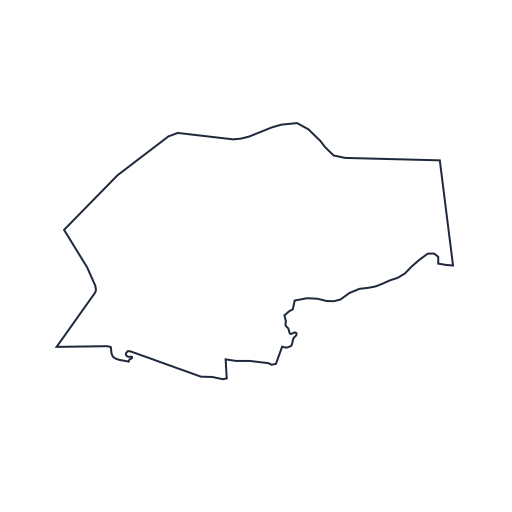 Béchar, Robinson projection, rotated 197°
{"feature_id": "DZA-2148", "entity_name": "Béchar", "entity_type": "Province", "adm_level": 1, "iso_a3": "DZA", "parent_name": "Algeria", "parent_adm1": "", "projection": "robinson", "projection_center": [-2.712, 30.267], "detail": "fine", "context": "isolated", "style": "outline", "palette": "slate", "viewbox_px": 512, "rotation_deg": 197, "n_neighbors": 0, "source": "natural_earth", "source_scale": "10m", "svg_char_len": 1755}
<svg xmlns="http://www.w3.org/2000/svg" viewBox="0 0 512 512"><g transform="rotate(197 256 256)"><path d="M273.3,124.5L281.4,124.9L285.2,125.1L289.5,125.3L294.1,125.5L299.0,125.7L304.2,126.0L309.4,126.2L314.6,126.5L319.7,126.7L324.5,127.0L329.1,127.2L333.2,127.4L336.8,127.5L339.8,127.7L342.0,127.8L343.5,127.9L344.0,127.9L348.4,128.1L350.8,127.5L351.9,125.0L351.6,123.6L350.6,122.7L349.4,122.3L348.3,122.3L346.1,123.2L345.1,123.2L344.8,122.0L345.1,121.6L346.0,120.8L346.4,120.4L346.8,119.7L346.9,119.1L346.9,118.5L347.0,117.7L347.9,117.7L356.3,116.7L360.2,116.8L361.5,117.1L362.6,117.5L363.1,117.8L363.5,118.1L364.2,118.7L364.8,119.4L365.5,120.4L366.2,121.7L368.1,126.3L369.4,126.5L372.4,126.1L420.1,110.8L399.1,174.1L399.1,176.8L401.0,180.6L414.0,195.6L447.2,224.9L412.0,292.8L374.7,344.8L366.8,350.8L311.8,360.9L305.0,363.7L297.5,368.2L278.6,383.5L270.2,389.0L255.6,395.1L243.0,392.5L228.2,384.9L221.9,380.4L211.2,374.8L199.3,375.9L108.2,401.2L64.8,304.5L71.9,303.0L79.5,302.0L81.5,308.5L86.5,310.4L92.4,308.5L98.7,300.1L104.2,291.2L108.5,282.8L114.3,276.4L120.6,272.0L127.4,266.1L132.4,262.1L138.7,258.7L147.5,254.8L155.9,247.9L162.6,239.0L168.4,235.5L175.5,233.6L184.7,233.1L194.7,230.6L206.0,224.7L205.6,220.3L205.2,215.8L208.1,212.9L211.5,207.5L208.2,202.2L208.2,200.8L207.9,199.6L207.3,198.2L206.6,197.6L204.5,196.5L203.4,195.5L201.8,192.8L201.0,191.9L199.9,191.6L199.1,192.1L197.3,193.8L196.2,194.3L195.2,194.2L194.5,193.6L194.3,192.3L194.7,191.0L196.0,188.8L196.1,187.2L195.8,181.9L196.0,180.6L196.8,179.6L200.1,177.2L204.5,176.9L205.4,158.7L209.4,156.5L211.9,157.1L214.1,156.9L231.5,153.8L234.9,152.7L244.4,149.8L254.8,148.3L252.3,141.4L248.2,130.4L251.6,128.5L262.6,127.5L273.3,124.5Z" fill="none" stroke="#1e293b" stroke-width="2"/></g></svg>